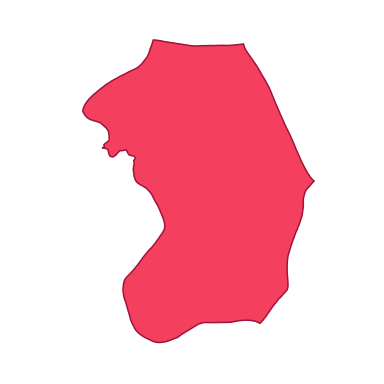 the district of Daw'an, Hadramawt, Yemen, rotated 8°
{"feature_id": "15242507B41313951038201", "entity_name": "Daw'an", "entity_type": "district", "adm_level": 2, "iso_a3": "YEM", "parent_name": "Yemen", "parent_adm1": "Hadramawt", "projection": "orthographic", "projection_center": [48.292, 15.038], "detail": "fine", "context": "isolated", "style": "filled", "palette": "rose", "viewbox_px": 384, "rotation_deg": 8, "n_neighbors": 0, "source": "geoboundaries", "source_scale": "gbopen_adm2", "svg_char_len": 5586}
<svg xmlns="http://www.w3.org/2000/svg" viewBox="0 0 384 384"><g transform="rotate(8 192 192)"><path d="M311.4,164.1L310.9,163.8L309.0,162.5L307.2,160.9L307.0,160.7L304.8,158.1L303.3,156.4L302.7,155.5L300.4,152.6L300.3,152.4L298.9,150.4L298.1,149.2L297.4,148.3L296.6,147.1L295.3,145.1L293.3,141.9L292.2,140.1L291.9,139.6L290.3,137.0L288.8,134.7L287.6,132.4L285.8,129.4L283.9,126.4L282.5,124.1L280.7,121.2L278.7,118.3L278.1,117.4L277.2,116.2L275.9,114.2L275.4,113.5L273.4,110.4L273.1,109.8L272.0,108.1L270.9,106.2L270.5,105.6L269.0,103.3L267.2,100.2L265.5,97.6L264.8,96.4L264.3,95.4L263.6,94.3L262.8,93.1L262.0,91.8L261.2,90.4L260.0,88.4L259.8,87.9L258.1,85.1L257.0,83.1L256.9,82.9L255.5,80.6L254.1,78.3L253.0,76.7L252.5,76.1L250.9,73.9L249.4,71.8L247.4,69.3L245.5,67.0L244.8,66.1L243.7,64.6L242.0,62.4L239.9,59.8L237.6,57.1L235.2,54.5L233.0,52.1L231.7,50.8L231.2,50.3L231.1,50.1L229.5,48.4L227.4,46.1L225.8,44.3L225.6,44.1L224.2,42.0L223.9,41.4L223.0,39.7L222.3,38.2L221.6,38.4L220.4,38.8L217.0,39.7L214.3,40.3L213.7,40.5L210.6,41.2L208.2,41.7L206.6,41.9L205.6,42.1L203.0,42.4L199.9,42.8L198.3,43.1L196.7,43.3L194.1,43.8L192.9,44.0L191.5,44.2L188.6,44.6L185.7,45.1L184.4,45.3L182.8,45.5L179.7,46.1L176.5,46.7L173.5,47.1L171.0,47.3L170.6,47.3L169.7,47.3L167.8,47.2L166.2,47.2L164.4,47.2L163.6,47.2L161.3,47.1L159.0,47.1L158.3,47.1L155.3,47.1L153.6,47.0L152.0,47.0L151.4,47.0L149.4,47.0L146.5,46.9L143.2,46.9L142.0,46.8L140.2,46.6L138.7,46.6L137.2,46.6L134.5,46.6L132.8,46.8L132.4,46.9L132.4,47.3L132.0,49.9L131.5,52.6L130.9,55.3L130.5,57.2L130.3,58.6L130.1,59.8L129.6,62.0L128.4,65.2L126.9,67.8L126.7,68.1L125.5,70.3L123.8,72.9L123.4,73.4L123.1,73.7L121.6,75.6L120.6,76.4L119.6,77.2L118.4,78.1L117.3,78.8L115.7,79.9L115.0,80.3L112.4,82.0L110.4,83.5L107.7,85.4L106.3,86.3L104.7,87.4L103.4,88.4L102.5,89.1L101.5,89.9L99.8,91.1L98.0,92.5L96.7,93.5L94.2,95.7L91.8,97.7L89.9,99.7L88.1,101.5L87.0,102.6L86.4,103.4L84.5,105.3L83.5,106.6L82.8,107.3L81.8,108.4L80.6,109.6L79.0,111.8L78.1,112.9L77.4,113.8L76.0,116.1L75.7,116.5L75.4,117.2L74.1,119.7L73.2,122.2L72.9,123.6L72.6,124.8L72.6,125.4L72.6,127.3L73.0,127.8L74.2,129.5L74.9,130.3L75.9,131.3L77.9,132.9L78.1,133.0L80.4,134.1L83.1,134.8L84.1,135.0L85.9,135.2L88.0,135.5L88.6,135.6L91.3,136.1L92.9,137.0L93.7,137.5L95.3,138.6L96.3,139.3L98.7,141.0L100.8,143.5L102.0,147.2L102.7,152.2L102.5,152.8L102.1,153.2L100.9,154.4L99.1,156.2L98.2,157.3L98.6,158.9L98.9,159.3L98.9,159.7L97.7,160.2L97.3,160.5L97.6,161.0L98.5,160.9L99.9,160.8L101.0,161.0L102.0,161.4L102.6,161.8L103.1,162.2L103.4,162.8L103.5,163.5L104.0,164.9L104.5,166.2L104.6,166.3L106.1,168.1L108.1,168.3L108.8,168.3L110.5,166.9L111.3,166.3L113.2,163.3L114.7,161.3L118.3,160.4L118.5,160.3L121.0,159.4L122.7,161.8L123.7,163.2L124.2,163.8L125.8,164.2L126.9,164.5L129.7,164.4L130.7,165.9L131.2,166.6L129.9,169.0L130.8,171.6L130.6,174.5L130.7,178.3L131.1,179.3L131.8,181.6L132.4,184.3L132.8,185.1L133.6,186.8L134.8,188.7L135.0,189.0L137.2,190.8L139.6,191.9L142.2,192.8L144.8,193.9L145.0,194.1L147.2,195.2L147.9,195.9L149.2,197.0L150.7,198.2L151.2,198.7L152.3,200.0L153.1,201.0L154.2,202.6L154.8,203.5L155.2,204.1L156.7,206.1L158.4,208.3L158.7,208.6L159.2,209.3L160.3,210.8L160.6,211.3L161.8,213.1L162.6,214.4L163.3,215.6L165.0,218.5L166.5,221.1L166.9,221.8L168.0,224.0L169.0,226.5L169.7,229.0L169.9,232.0L169.2,234.6L168.9,235.2L168.0,237.4L166.9,239.4L166.6,240.1L166.1,241.1L165.5,242.5L164.1,244.9L162.9,247.4L161.3,250.0L159.8,252.5L158.6,254.0L157.8,255.1L157.3,256.0L156.0,258.1L154.1,261.0L152.5,263.8L152.0,264.9L151.4,266.1L149.7,269.0L149.1,270.3L148.4,271.6L147.9,272.3L146.6,274.5L144.9,277.3L144.1,278.5L143.1,279.9L141.8,281.8L141.0,282.9L139.2,285.3L138.9,285.9L137.8,287.6L137.3,289.7L137.1,290.5L137.0,293.9L137.1,296.6L137.1,297.3L137.6,300.2L137.8,300.8L138.4,302.8L139.2,305.4L140.2,307.6L140.3,307.9L141.7,310.3L142.2,311.6L143.0,313.2L144.3,316.3L145.5,318.9L145.8,319.6L146.6,321.3L147.5,323.4L147.7,323.8L148.2,325.1L148.6,326.3L150.0,328.7L151.4,331.0L152.1,332.0L152.9,333.2L153.9,334.5L154.8,335.8L156.7,337.6L158.9,339.2L161.4,340.7L162.9,341.4L164.1,342.0L165.2,342.4L166.8,343.0L169.7,343.9L173.0,345.0L175.5,345.6L178.1,345.8L181.1,345.5L184.8,344.6L186.2,344.1L187.8,343.5L189.5,342.7L191.1,341.8L193.0,340.7L193.5,340.4L195.8,339.2L197.4,338.3L198.1,337.9L201.6,334.4L216.8,321.9L221.8,319.6L230.5,318.5L248.8,315.6L250.0,315.1L252.4,314.2L254.5,313.5L255.1,313.3L258.4,312.4L260.3,312.0L261.3,311.8L262.8,311.5L264.1,311.3L267.3,311.0L270.2,311.1L270.3,311.1L272.9,311.2L275.5,311.9L275.6,312.0L277.5,312.6L278.2,311.7L278.5,311.3L279.8,309.6L281.2,307.2L282.1,305.7L282.5,305.0L283.7,302.5L285.2,299.6L286.3,297.3L287.5,295.0L288.7,292.7L289.6,291.2L290.2,290.2L291.7,287.7L293.0,285.5L294.7,283.6L296.3,280.9L298.1,278.3L298.6,277.5L299.8,275.7L300.2,273.2L300.0,270.3L299.4,267.6L299.2,266.1L298.9,264.9L298.3,262.4L298.0,260.8L297.7,259.9L297.2,257.0L297.0,255.7L296.8,253.8L296.7,253.1L296.4,251.0L296.1,248.2L296.0,245.4L296.0,242.8L296.0,242.0L296.2,240.3L296.3,239.5L296.5,238.6L296.8,236.3L297.0,234.8L297.3,233.4L297.5,231.5L297.8,230.1L298.3,227.5L298.7,225.7L299.2,223.7L299.6,221.8L299.9,220.3L300.1,219.1L300.5,217.2L300.8,216.3L301.4,214.7L301.4,214.3L301.9,212.0L302.6,209.6L303.1,206.9L303.6,204.1L303.8,203.0L304.1,201.4L304.2,199.9L304.3,198.5L304.3,195.7L304.3,193.8L304.3,193.1L304.2,190.6L304.2,190.3L303.8,187.6L303.3,184.3L303.3,181.5L303.7,178.4L304.1,175.9L304.6,174.7L305.1,173.5L306.5,171.4L307.7,169.7L308.1,169.1L308.5,168.4L309.5,166.8L310.6,165.3L311.4,164.1Z" fill="#f43f5e" stroke="#9f1239" stroke-width="1.5"/></g></svg>